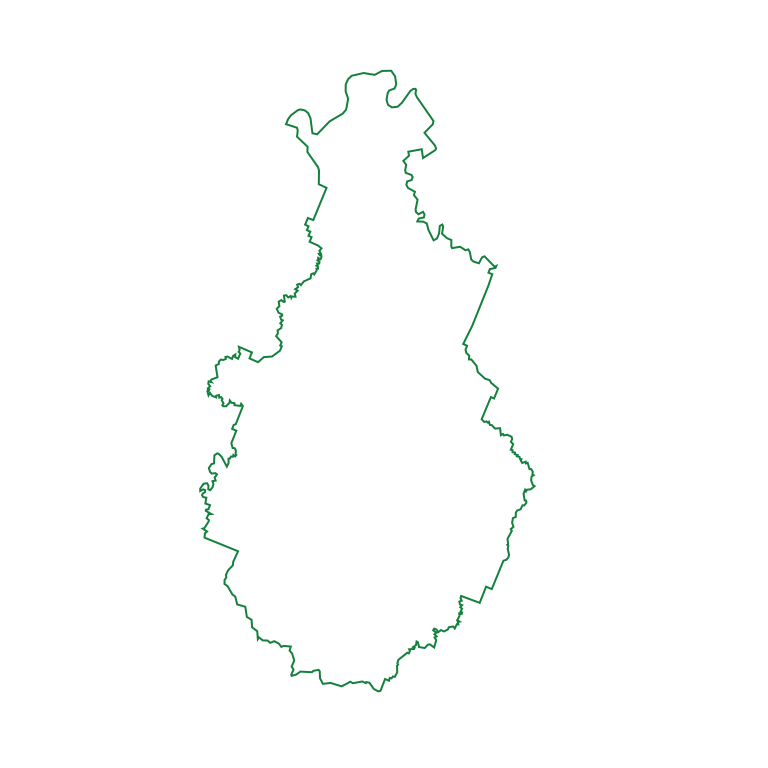 the district of Lismore, New South Wales, Australia, rotated 194°
{"feature_id": "25037944B52457612567816", "entity_name": "Lismore", "entity_type": "district", "adm_level": 2, "iso_a3": "AUS", "parent_name": "Australia", "parent_adm1": "New South Wales", "projection": "natural_earth1", "projection_center": [153.257, -28.794], "detail": "fine", "context": "isolated", "style": "outline", "palette": "green", "viewbox_px": 768, "rotation_deg": 194, "n_neighbors": 0, "source": "geoboundaries", "source_scale": "gbopen_adm2", "svg_char_len": 6140}
<svg xmlns="http://www.w3.org/2000/svg" viewBox="0 0 768 768"><g transform="rotate(194 384 384)"><path d="M554.5,341.6L552.1,339.8L553.8,337.4L552.1,336.6L552.6,334.9L553.5,335.8L553.6,334.2L551.5,330.5L550.7,333.3L547.9,330.9L543.6,330.4L544.0,332.0L541.5,333.4L540.5,330.9L538.9,331.9L537.1,330.5L537.5,329.0L535.0,326.4L535.7,324.2L534.7,323.5L531.8,324.2L529.4,328.4L529.6,330.7L527.4,328.9L524.4,329.2L524.0,327.3L518.0,328.0L517.8,330.3L515.6,328.4L518.1,309.1L519.9,308.0L520.5,303.7L516.0,303.0L517.8,289.6L515.4,285.3L513.4,285.6L511.6,283.6L511.1,280.3L510.1,279.5L510.9,277.7L513.0,278.7L513.1,276.8L515.0,276.6L515.4,274.6L516.8,273.9L515.7,269.6L516.5,265.8L524.0,274.2L527.7,276.3L529.1,276.3L531.3,273.7L529.7,265.9L532.1,264.4L533.6,260.1L531.6,256.7L529.5,255.4L526.0,256.7L524.2,255.8L525.7,252.3L524.0,249.5L526.9,248.2L525.3,245.7L525.4,242.1L527.0,238.9L529.0,239.3L529.8,243.0L531.6,244.9L534.9,243.6L537.0,238.1L536.4,235.7L534.0,238.0L531.8,237.8L531.6,235.6L533.5,233.7L533.6,232.0L532.1,230.6L528.9,230.7L528.4,224.8L523.5,224.4L524.1,220.0L526.3,219.0L526.2,217.8L520.1,216.1L522.7,215.3L523.6,210.8L521.0,209.6L520.9,208.1L523.4,200.8L524.9,199.8L520.0,198.1L521.6,195.9L521.0,191.5L485.1,186.4L487.3,175.1L486.8,171.5L490.3,165.3L491.2,160.4L490.2,158.1L491.3,155.3L490.4,151.4L486.8,150.0L480.4,143.3L476.9,141.7L473.1,134.6L464.7,134.3L460.7,124.8L455.5,123.2L453.1,116.0L447.2,113.5L444.7,105.9L444.0,107.9L439.7,105.9L434.9,106.9L431.8,105.3L428.3,107.9L423.3,106.7L420.0,104.1L418.0,105.6L410.9,106.7L411.1,102.5L407.9,100.2L404.2,94.0L405.2,87.5L402.7,84.9L403.7,79.6L403.0,78.5L398.8,80.9L395.6,84.7L384.2,86.9L383.2,88.6L378.3,90.8L376.9,89.8L374.9,83.0L370.8,78.3L363.5,81.0L351.9,80.4L344.6,87.0L341.9,86.1L333.1,90.1L329.2,89.4L329.0,90.5L325.9,90.6L320.0,85.6L315.2,84.4L313.2,85.4L311.6,98.0L307.3,97.3L307.3,100.2L305.5,100.2L304.6,102.4L302.7,102.4L301.4,107.4L303.2,113.7L302.4,115.1L303.5,116.5L303.3,119.9L296.4,128.9L294.8,128.6L294.2,131.2L295.4,132.7L290.7,134.2L290.5,135.5L292.1,135.8L289.8,138.4L290.1,142.0L288.6,141.5L286.3,137.2L280.6,137.7L278.3,141.7L276.6,142.5L271.6,140.5L271.4,148.1L273.6,150.3L271.8,151.8L274.5,153.4L273.1,155.4L276.7,156.9L276.1,158.8L273.5,158.4L271.4,156.2L269.2,159.0L265.9,158.4L262.6,161.3L262.3,163.6L258.2,165.5L256.2,163.9L255.2,168.6L253.7,168.7L254.8,170.9L253.2,171.7L255.8,172.4L254.6,177.3L255.5,179.4L253.0,179.6L252.9,181.2L254.7,181.5L253.9,184.9L256.0,185.8L254.7,188.3L256.9,188.4L258.3,191.1L256.2,192.5L257.9,194.6L257.9,197.0L238.2,194.8L235.9,212.0L229.8,211.1L225.4,241.4L222.8,243.0L221.4,245.8L221.3,248.4L224.1,254.0L224.2,256.9L225.5,257.7L224.9,258.8L226.7,263.7L224.4,272.4L225.9,273.9L223.8,276.7L226.1,280.3L226.5,285.0L224.0,286.9L225.0,291.3L224.0,293.6L221.2,295.4L220.3,299.8L218.5,300.1L217.1,303.3L217.9,305.2L219.3,305.0L222.0,311.2L221.5,315.5L220.2,314.2L219.7,316.0L216.1,317.4L213.2,321.3L215.1,322.0L217.9,326.0L218.5,329.9L216.7,331.8L218.2,332.3L218.4,334.9L220.6,337.0L222.2,336.6L225.6,342.3L227.1,341.3L227.8,342.9L230.7,340.8L232.6,342.6L232.5,344.3L233.7,344.0L235.0,346.1L237.5,346.0L237.2,347.4L240.1,347.5L240.3,349.1L242.8,348.9L243.3,350.9L245.1,350.9L244.1,356.9L246.9,358.5L246.3,361.5L247.4,363.6L252.1,364.6L255.1,363.1L256.5,364.3L258.2,362.6L260.7,369.2L265.5,367.6L269.5,370.2L271.4,369.9L273.0,372.7L273.8,371.6L275.5,372.5L277.6,371.4L280.7,373.4L277.1,397.2L273.7,396.6L272.2,407.1L280.3,411.0L282.6,413.4L287.0,413.5L295.9,418.3L298.7,424.1L305.2,428.9L307.5,428.4L308.1,432.1L311.7,434.1L313.2,437.0L312.6,441.2L316.8,442.0L312.5,461.6L306.5,504.8L305.5,516.7L309.6,517.3L309.1,521.1L303.9,523.6L303.6,525.7L305.0,524.5L317.4,532.2L319.5,530.6L321.1,524.1L326.7,524.4L329.5,525.9L332.6,532.8L334.8,535.0L337.3,533.5L343.3,535.6L350.8,532.3L352.0,533.8L353.5,540.0L358.0,540.7L364.1,543.9L364.6,550.9L366.0,552.8L368.1,550.9L367.0,543.5L367.8,538.0L370.6,535.4L378.2,544.3L381.3,550.1L385.3,551.0L391.0,549.8L390.3,552.9L385.6,555.3L385.7,558.3L387.8,560.5L391.7,557.0L394.6,558.7L395.6,561.1L396.0,570.9L400.7,574.6L400.5,578.0L408.1,580.0L410.5,582.7L410.5,586.2L406.6,588.6L406.2,591.7L408.0,593.5L413.9,594.1L415.2,596.6L415.4,601.9L419.2,605.2L415.0,611.5L416.6,615.3L404.2,620.9L400.8,612.7L390.7,623.5L390.5,625.3L392.4,627.8L405.5,637.6L399.5,647.7L399.6,651.1L421.5,670.3L423.7,673.2L424.0,677.2L425.0,678.0L427.1,677.3L429.4,674.6L434.7,661.1L437.8,656.4L443.2,654.3L447.7,655.9L450.3,660.4L450.8,667.3L449.9,670.1L445.2,673.3L444.6,677.7L447.6,685.1L452.8,689.7L461.6,687.3L467.9,681.7L479.1,680.8L490.0,675.2L492.6,671.0L493.6,665.4L492.0,658.6L487.8,652.1L487.1,641.1L489.5,636.3L500.2,625.8L509.3,610.1L514.1,610.0L519.6,624.0L523.2,628.6L527.0,630.3L531.6,630.2L533.9,628.8L539.3,622.2L541.1,617.9L541.9,612.4L530.4,611.6L529.1,609.4L528.2,602.9L515.5,595.7L514.5,590.6L500.5,578.5L498.7,575.4L495.6,562.1L487.2,560.4L492.3,525.9L498.0,526.7L499.1,519.5L495.4,518.8L496.0,514.6L492.4,514.0L493.1,509.5L489.8,509.0L490.6,504.0L481.4,502.4L477.5,500.5L478.9,497.6L477.2,495.7L478.8,494.5L477.2,493.3L476.1,494.0L475.4,492.0L475.8,489.6L478.3,490.5L478.2,489.3L476.9,489.1L478.4,487.9L476.2,486.8L476.0,485.3L478.1,484.7L477.2,483.6L478.2,482.4L476.3,481.7L476.0,479.9L477.4,479.5L476.8,477.8L478.2,473.4L479.3,474.3L481.2,472.9L480.8,468.8L486.6,464.2L488.6,459.8L490.2,460.8L492.3,459.4L490.8,457.1L493.1,454.5L490.3,453.7L492.5,450.2L491.0,447.3L494.6,446.6L494.8,445.2L495.9,446.7L497.9,444.8L500.3,446.5L502.5,445.6L500.2,439.9L501.3,439.3L503.9,440.6L506.1,438.4L504.3,434.2L506.3,431.1L503.6,427.7L499.6,426.8L499.3,425.6L501.1,424.2L499.3,421.5L497.6,421.3L499.3,417.8L497.4,416.8L497.3,413.4L500.2,410.3L499.2,407.5L500.2,404.3L493.4,399.7L494.0,396.2L492.3,395.9L493.0,391.2L499.2,383.6L507.1,381.0L511.5,374.7L520.7,376.3L519.8,382.7L533.8,385.0L532.3,382.0L532.8,380.0L530.8,378.8L531.7,373.2L534.9,374.0L535.4,376.7L537.2,374.7L537.5,371.6L542.7,372.8L544.4,371.8L543.5,370.2L545.5,368.5L548.3,368.2L549.6,365.7L549.1,363.5L551.8,361.2L547.2,350.3L552.7,346.4L553.2,344.9L552.0,344.1L554.8,344.1L554.5,341.6Z" fill="none" stroke="#15803d" stroke-width="2"/></g></svg>